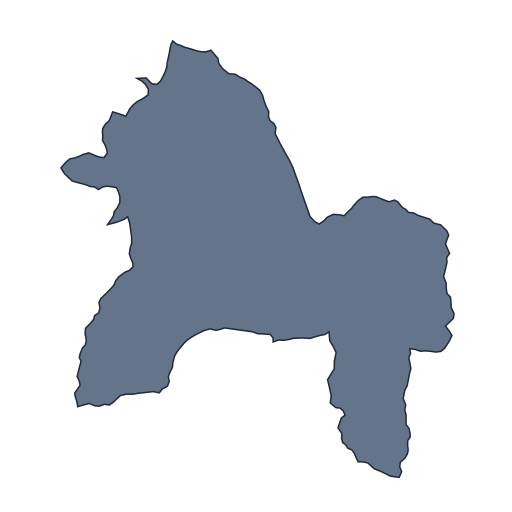 Garça, São Paulo, Brazil, rotated 276°
{"feature_id": "56859067B4895649767626", "entity_name": "Garça", "entity_type": "district", "adm_level": 2, "iso_a3": "BRA", "parent_name": "Brazil", "parent_adm1": "São Paulo", "projection": "orthographic", "projection_center": [-49.7, -22.232], "detail": "fine", "context": "isolated", "style": "filled", "palette": "slate", "viewbox_px": 512, "rotation_deg": 276, "n_neighbors": 0, "source": "geoboundaries", "source_scale": "gbopen_adm2", "svg_char_len": 3861}
<svg xmlns="http://www.w3.org/2000/svg" viewBox="0 0 512 512"><g transform="rotate(276 256 256)"><path d="M87.5,94.5L89.9,100.1L91.9,105.8L90.1,111.5L90.3,116.0L92.8,121.1L92.4,125.7L96.0,129.8L99.4,132.5L103.2,135.9L105.1,142.0L105.7,148.1L107.1,153.0L108.5,159.4L110.4,168.1L109.8,174.2L113.7,176.5L117.4,181.6L122.1,182.8L127.2,181.4L132.5,182.9L136.4,184.5L141.5,184.5L147.7,185.4L152.5,187.5L158.0,191.0L162.4,194.0L166.0,197.3L169.3,201.3L172.1,205.2L176.6,212.5L178.7,218.0L177.9,224.0L179.2,227.7L181.2,232.5L180.2,260.7L178.9,265.6L179.2,270.9L179.5,278.4L176.1,281.6L172.3,282.0L174.8,287.1L175.0,292.1L176.6,298.0L178.0,301.7L178.6,305.6L179.3,310.6L179.7,318.6L182.2,324.0L184.0,328.9L185.1,332.7L188.3,336.5L179.5,338.2L174.0,342.3L168.2,345.8L159.6,344.9L151.9,345.6L145.9,342.7L140.5,340.1L134.5,342.2L125.1,345.4L117.7,345.2L113.5,351.3L113.5,355.7L111.0,359.0L107.0,361.2L103.9,357.8L99.4,356.8L93.6,355.5L88.6,359.9L83.3,360.2L79.4,361.8L77.6,365.0L74.5,367.3L73.1,371.7L69.7,374.7L66.4,376.4L62.0,379.1L62.4,383.9L61.9,388.8L56.8,395.7L54.8,402.7L53.0,407.7L51.1,412.6L50.8,421.5L56.7,423.4L61.3,421.0L65.8,421.0L70.6,425.3L75.0,427.3L79.0,427.6L83.5,426.6L88.2,426.2L92.0,428.2L95.6,427.8L100.3,426.3L104.0,422.9L108.7,422.4L113.7,421.9L118.5,420.0L123.4,420.5L129.7,417.3L137.9,418.0L142.9,419.9L148.2,420.4L154.6,420.9L160.2,421.8L166.3,420.0L170.9,418.6L175.0,419.9L179.9,418.6L179.7,424.3L178.5,429.4L179.3,434.1L179.5,438.7L179.3,445.2L180.5,450.0L184.2,453.4L191.1,456.9L197.4,459.2L201.7,455.9L206.2,451.7L211.1,455.9L214.6,458.8L219.3,459.0L225.3,455.5L229.6,454.9L235.4,453.7L238.5,450.0L242.3,448.9L249.2,447.8L255.1,444.7L262.7,445.8L269.4,446.6L274.5,445.8L278.8,448.3L283.5,445.5L287.8,443.2L292.0,444.1L296.7,445.5L301.0,443.1L306.3,436.3L307.2,429.6L310.9,424.8L311.7,420.7L313.3,413.1L315.4,407.7L315.3,403.1L318.0,400.1L319.5,396.6L324.6,391.5L326.1,387.9L323.8,382.6L325.7,375.5L327.5,369.4L327.3,365.4L326.1,360.7L325.6,356.1L321.9,351.9L317.4,348.6L313.5,346.2L308.3,341.8L305.3,339.5L305.7,334.8L305.5,328.5L302.0,322.8L298.4,320.1L294.4,315.5L296.4,310.7L300.9,305.6L324.6,294.4L332.2,291.0L343.3,285.6L347.4,283.7L354.4,279.4L370.1,268.4L379.8,262.2L385.9,262.4L389.6,259.9L392.1,255.8L395.7,253.9L400.9,253.6L405.9,250.4L411.6,247.6L416.2,245.9L421.5,242.1L424.7,237.0L426.8,233.6L428.6,229.7L430.7,226.3L432.4,220.8L434.6,216.4L434.4,210.0L438.9,203.1L443.6,198.9L448.5,197.5L452.5,193.2L455.9,189.6L453.8,184.8L453.4,180.4L453.8,176.0L455.1,169.7L456.1,163.6L457.5,159.2L458.4,154.8L461.2,150.7L457.7,149.4L453.2,148.8L449.3,148.6L445.4,148.2L439.2,147.5L434.3,147.5L430.0,146.5L426.1,145.2L420.3,142.9L416.5,139.9L416.3,134.5L421.6,128.1L420.2,119.1L418.0,124.4L415.0,128.1L410.7,131.5L405.0,131.9L400.8,127.1L397.2,121.8L393.6,118.2L389.2,115.1L384.8,113.3L381.5,111.9L382.9,105.8L384.4,98.4L375.2,95.9L371.7,92.6L367.3,90.4L363.7,90.2L360.2,91.0L354.7,91.3L351.1,94.0L347.0,96.1L343.0,97.4L338.0,94.6L338.0,89.6L339.6,83.9L341.1,78.9L338.8,73.1L336.7,69.8L334.7,65.8L333.1,60.6L328.8,56.7L323.2,52.8L317.9,56.9L314.0,61.9L311.4,65.3L310.4,70.8L309.2,78.8L307.8,83.9L307.8,88.3L305.6,92.3L308.7,96.5L309.9,100.7L309.7,106.2L309.3,110.3L305.2,112.6L300.7,114.4L294.9,115.0L289.2,112.9L285.3,110.4L281.0,110.0L276.9,108.0L271.7,105.1L275.0,113.9L278.7,121.1L281.6,124.3L276.0,126.7L269.2,128.5L261.3,130.4L255.7,131.0L250.4,130.0L244.8,129.8L239.9,132.1L236.6,134.0L232.5,134.9L228.4,131.5L226.2,127.4L221.0,121.7L217.0,119.2L212.0,117.7L207.3,114.2L202.7,110.6L197.6,106.2L193.6,104.7L187.8,106.2L182.9,105.5L179.9,101.7L176.3,101.3L172.0,98.6L166.3,94.0L160.5,94.2L157.1,95.4L153.4,96.1L149.5,95.4L146.3,93.0L141.2,91.5L136.8,90.8L133.1,93.0L126.1,91.9L121.9,91.3L117.4,90.7L113.4,93.2L109.0,94.6L104.2,91.9L100.6,90.0L96.9,91.1L92.6,93.0L87.5,94.5Z" fill="#64748b" stroke="#1e293b" stroke-width="1.5"/></g></svg>